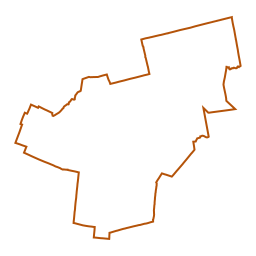 Voiteg, Timis, Romania
{"feature_id": "2599482B83976998300104", "entity_name": "Voiteg", "entity_type": "district", "adm_level": 2, "iso_a3": "ROU", "parent_name": "Romania", "parent_adm1": "Timis", "projection": "orthographic", "projection_center": [21.271, 45.473], "detail": "fine", "context": "isolated", "style": "outline", "palette": "amber", "viewbox_px": 256, "rotation_deg": 0, "n_neighbors": 0, "source": "geoboundaries", "source_scale": "gbopen_adm2", "svg_char_len": 5549}
<svg xmlns="http://www.w3.org/2000/svg" viewBox="0 0 256 256"><path d="M148.8,222.8L150.7,222.2L153.1,221.6L153.1,220.7L153.1,220.3L153.1,220.1L153.0,219.6L153.2,219.3L153.3,219.1L153.4,218.9L153.6,217.7L153.9,216.4L154.1,214.6L154.1,214.3L154.0,213.2L154.0,212.5L154.0,211.9L153.9,210.6L154.0,209.4L154.0,209.0L154.1,208.6L154.3,206.0L154.4,204.9L154.5,204.6L154.6,204.3L154.6,202.5L154.8,200.3L154.8,200.1L155.0,198.8L154.9,198.4L155.1,196.8L155.3,195.2L155.4,193.5L155.5,192.9L155.7,192.2L155.7,191.7L155.7,191.4L155.8,190.7L156.0,189.3L156.2,188.3L156.3,187.5L156.3,187.3L156.3,186.9L156.6,185.8L156.6,185.2L156.7,183.4L156.2,182.4L157.7,179.9L159.0,178.0L160.1,176.2L161.4,174.2L161.9,173.4L163.5,173.9L164.6,174.3L165.8,174.6L171.8,176.6L172.0,176.4L173.2,175.1L175.9,171.9L176.8,170.8L177.2,170.4L182.8,163.9L183.8,162.6L184.5,161.8L185.4,160.7L186.1,159.9L187.8,157.8L190.0,155.1L191.2,153.6L191.9,152.9L193.9,150.5L194.4,149.9L194.5,149.7L194.4,148.7L194.3,148.4L194.1,146.7L193.3,141.7L195.7,141.5L196.6,139.5L197.1,138.8L197.2,138.4L200.0,137.6L200.4,136.9L200.3,136.4L201.9,135.9L202.2,135.7L203.0,135.8L203.8,136.0L204.6,136.4L205.4,136.9L206.3,137.3L207.1,137.4L207.6,137.3L208.3,137.0L208.7,136.7L203.8,110.2L203.4,107.9L207.9,112.3L208.1,112.5L208.3,112.7L208.7,112.7L209.0,112.7L212.5,112.2L217.8,111.5L224.6,110.6L231.2,109.7L235.2,109.1L233.5,107.5L226.4,100.9L226.2,99.6L226.2,98.7L225.8,96.2L225.4,94.1L224.5,89.9L223.9,87.0L223.5,84.7L223.5,84.4L223.9,81.5L224.8,77.5L225.7,72.3L226.0,70.8L226.3,68.6L226.5,67.2L226.5,66.8L226.8,66.8L227.1,67.1L227.4,67.3L227.5,67.4L227.6,67.5L227.8,67.5L228.1,67.5L228.4,67.4L228.3,67.8L228.5,67.9L228.7,68.0L228.8,67.9L229.1,68.0L229.5,68.3L229.4,68.9L229.4,69.1L229.5,69.3L229.8,69.4L230.0,69.4L230.5,69.2L230.9,69.0L231.0,68.8L231.4,68.6L231.8,68.4L232.1,68.1L232.5,68.1L232.8,68.3L233.0,68.3L233.2,68.1L233.8,67.7L234.3,67.8L235.3,68.2L235.5,68.2L235.9,68.2L236.4,68.2L236.6,68.2L236.8,68.1L236.9,67.9L237.1,67.5L237.3,67.1L237.5,66.7L237.9,66.4L238.0,66.4L238.1,66.6L238.5,67.0L238.8,67.1L238.9,66.9L240.5,66.1L240.6,65.9L239.6,60.2L238.7,55.5L238.2,52.6L237.8,49.8L237.0,45.6L236.1,40.4L236.0,39.8L235.8,39.4L235.8,39.2L235.8,38.9L235.8,38.7L235.6,37.9L234.2,29.9L234.0,29.0L233.5,26.8L233.4,26.5L233.2,25.4L232.7,23.0L231.8,17.7L231.8,17.1L204.2,24.0L195.2,26.3L190.4,27.7L180.3,30.0L173.1,31.9L168.3,33.1L167.8,33.4L167.4,33.3L160.6,35.0L159.8,35.1L155.5,36.1L151.4,37.1L150.2,37.3L149.7,37.5L149.2,37.6L145.7,38.3L141.3,39.5L142.7,45.9L143.2,46.4L143.5,47.6L143.4,47.7L144.9,54.0L145.3,55.6L145.3,57.2L145.7,57.8L147.4,65.0L147.6,65.9L147.8,66.3L148.9,71.9L149.2,73.0L149.4,74.0L146.8,74.7L143.7,75.4L142.7,75.7L137.7,77.0L135.0,77.7L130.3,78.8L126.9,79.7L125.1,80.2L124.4,80.4L119.0,81.7L116.1,82.5L110.3,83.9L109.7,82.1L109.6,81.9L109.2,81.0L108.6,79.9L108.0,78.2L107.4,76.4L106.8,74.5L102.5,75.6L100.5,76.2L99.7,76.4L98.9,76.7L97.9,77.0L96.8,77.0L92.9,77.1L90.3,77.2L89.5,77.0L88.9,76.9L83.2,78.9L82.5,79.2L82.0,82.7L81.8,83.8L80.9,89.8L80.7,90.8L80.3,90.9L80.0,91.3L79.6,91.5L79.1,91.6L78.4,91.9L78.0,92.1L77.5,92.5L77.4,92.6L77.3,92.8L76.9,93.4L76.6,93.7L76.5,93.9L76.2,94.4L76.0,94.6L75.3,95.4L75.3,95.6L75.2,95.9L75.2,96.3L75.2,96.6L74.8,97.7L74.7,98.1L74.8,98.4L74.8,99.2L74.6,99.5L74.3,99.6L73.9,99.6L73.2,99.5L72.5,99.2L72.0,99.0L71.6,99.3L71.4,99.5L70.7,100.7L70.4,101.0L70.1,101.5L69.8,101.8L69.5,102.0L69.2,102.1L68.9,102.4L68.9,102.6L68.8,102.9L68.8,103.2L68.8,103.4L68.8,103.5L68.6,104.3L68.4,104.4L67.8,104.2L67.2,104.2L66.7,104.6L66.5,104.8L66.1,105.1L65.2,105.7L64.0,106.6L63.9,106.8L63.8,107.0L63.5,107.6L63.4,107.9L63.3,108.0L63.3,108.3L62.6,108.7L62.2,109.1L61.9,109.6L60.1,111.6L59.4,112.2L59.0,112.6L57.5,113.5L55.8,114.5L55.3,114.9L53.8,115.7L52.9,116.3L52.8,116.5L52.8,116.3L52.8,116.1L52.7,116.0L52.7,115.7L52.3,114.6L52.2,114.0L52.2,113.5L52.3,113.0L52.1,112.9L49.8,111.8L48.5,111.2L47.1,110.5L46.6,110.3L45.3,109.7L45.0,109.6L43.0,108.6L38.7,106.4L38.2,107.3L38.0,107.8L35.0,106.4L31.0,104.6L29.4,108.7L28.3,111.1L27.8,112.4L27.1,113.7L24.8,112.7L23.8,115.1L23.7,115.4L23.3,116.2L22.6,118.0L21.8,120.1L21.5,121.0L20.5,124.0L22.1,124.6L21.9,125.1L19.5,132.0L18.1,135.7L16.4,140.2L15.4,142.9L17.3,143.5L19.7,144.3L19.8,144.3L20.2,144.5L22.3,145.3L23.2,145.6L26.4,146.7L24.7,151.0L24.0,152.7L28.2,154.6L29.3,155.1L30.1,155.5L31.4,156.1L33.6,157.1L35.4,157.9L39.0,159.5L43.1,161.2L44.8,161.9L47.7,163.0L49.2,163.6L51.3,164.5L52.1,164.8L53.5,165.4L55.4,166.4L57.5,167.1L60.2,168.2L61.1,168.8L61.9,169.2L62.4,169.4L63.0,169.6L63.5,169.4L65.1,169.6L66.5,169.7L67.5,169.7L67.5,169.9L69.3,170.3L71.2,170.7L74.7,171.4L77.3,172.0L78.3,172.3L78.8,172.4L78.2,177.8L78.2,178.3L78.0,179.7L77.9,181.0L77.5,183.9L77.3,186.3L77.0,188.9L76.7,191.6L76.5,194.1L76.4,194.7L76.2,197.7L75.8,200.6L75.5,203.1L75.1,207.4L75.1,208.2L75.0,209.0L74.9,210.2L74.6,211.9L74.4,214.5L74.0,218.8L73.7,221.4L73.6,223.0L74.3,223.1L75.1,223.3L77.8,224.0L81.2,224.9L82.7,225.3L83.2,225.4L85.5,225.8L88.0,226.2L89.5,226.4L91.6,226.6L93.5,226.9L94.7,227.0L94.6,228.8L94.5,230.2L94.0,235.2L93.9,236.4L93.8,237.5L95.4,237.6L97.3,237.8L100.0,238.1L100.9,238.2L102.7,238.3L106.0,238.6L109.2,238.9L109.3,237.9L109.3,236.6L109.4,235.0L109.5,232.8L110.8,232.5L112.4,232.0L116.4,230.8L117.4,230.6L118.7,230.2L121.4,229.4L123.2,228.9L124.4,228.6L124.7,228.6L126.4,228.1L127.2,227.9L128.1,227.7L129.3,227.4L132.1,226.7L133.7,226.3L137.7,225.4L137.9,225.3L139.4,225.0L139.9,225.0L142.8,224.2L144.3,223.8L144.8,223.7L145.8,223.6L147.5,223.2L148.8,222.8Z" fill="none" stroke="#b45309" stroke-width="2"/></svg>